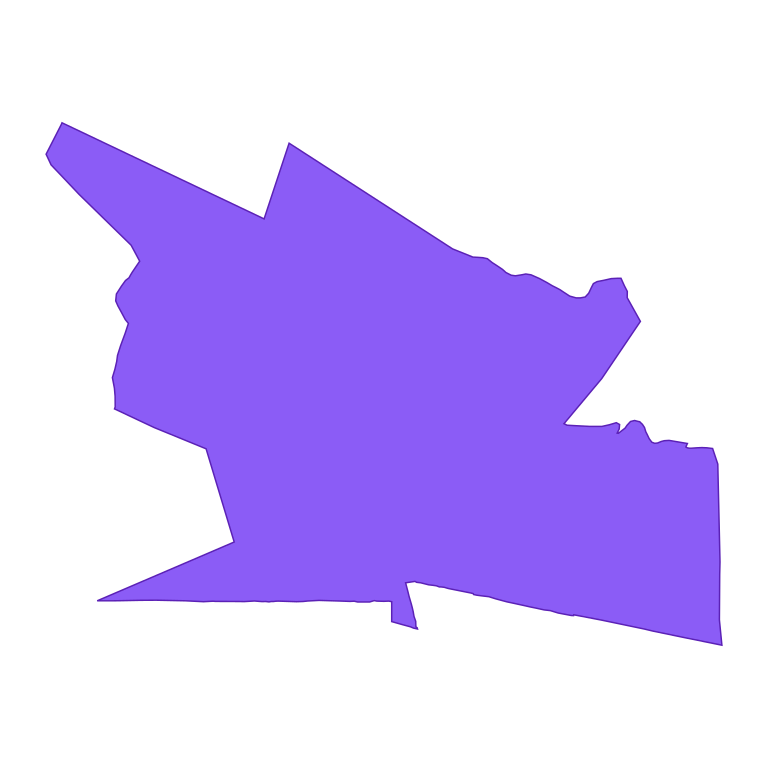 outline of San Pedro Apóstol, Oaxaca, Mexico
{"feature_id": "50627088B6565378180513", "entity_name": "San Pedro Apóstol", "entity_type": "district", "adm_level": 2, "iso_a3": "MEX", "parent_name": "Mexico", "parent_adm1": "Oaxaca", "projection": "albers", "projection_center": [-96.731, 16.743], "detail": "fine", "context": "isolated", "style": "filled", "palette": "violet", "viewbox_px": 768, "rotation_deg": 0, "n_neighbors": 0, "source": "geoboundaries", "source_scale": "gbopen_adm2", "svg_char_len": 2621}
<svg xmlns="http://www.w3.org/2000/svg" viewBox="0 0 768 768"><path d="M470.8,593.0L472.4,593.4L473.2,593.6L473.6,594.5L476.8,595.2L481.3,595.8L488.9,596.7L495.6,598.8L506.7,601.8L514.2,603.4L524.3,605.6L530.0,606.9L536.4,608.2L544.1,609.9L550.3,610.6L558.1,613.0L571.3,615.5L573.6,615.6L573.8,614.8L601.5,620.1L644.2,629.0L653.4,631.2L684.9,637.7L721.9,645.2L719.4,619.8L719.7,574.4L720.0,562.0L718.1,478.0L717.8,464.1L712.6,448.5L706.8,447.8L701.9,447.6L699.5,447.7L697.2,447.8L691.5,448.2L689.4,448.2L687.6,447.9L686.0,447.2L686.0,446.6L687.4,443.5L682.1,442.6L669.1,440.4L664.3,440.7L661.2,441.5L657.6,443.0L654.7,443.3L651.8,442.2L649.2,438.7L647.1,434.3L645.8,431.8L644.5,427.5L642.4,424.3L641.3,423.3L639.7,421.7L638.5,421.5L636.5,421.0L634.6,420.5L630.5,421.5L627.0,425.3L625.1,428.1L618.4,433.3L617.2,433.1L619.2,429.0L619.6,424.5L616.3,422.7L609.2,424.8L602.0,426.4L600.7,426.4L589.5,426.4L575.6,425.7L567.0,425.2L564.0,423.7L601.8,378.5L640.4,321.4L627.2,297.7L627.3,291.4L624.4,285.8L621.0,278.3L617.2,278.3L611.3,278.6L603.8,280.3L597.1,281.6L593.4,283.6L591.4,287.5L589.9,290.7L588.7,293.2L585.2,297.0L580.2,297.9L576.2,297.9L569.7,296.1L564.8,292.9L564.0,292.4L560.0,289.7L556.2,287.7L552.4,285.8L547.0,282.6L539.6,278.6L531.0,274.8L525.8,274.0L521.2,274.9L515.4,275.8L511.2,275.2L505.9,272.5L502.5,269.4L496.4,265.3L492.2,262.6L487.4,258.7L482.8,257.7L477.1,257.3L472.9,257.1L452.6,248.9L289.1,143.2L285.8,153.2L264.1,218.9L62.0,122.8L61.4,124.3L46.1,154.2L51.1,164.9L65.0,179.5L79.1,194.4L131.1,245.2L133.1,248.9L139.7,261.2L132.3,272.1L130.6,274.9L129.0,277.8L125.5,280.5L121.4,286.2L116.4,294.0L115.7,300.9L118.0,306.1L121.4,312.3L125.3,319.6L128.4,323.4L125.2,333.2L120.7,345.4L117.5,355.4L116.7,361.5L114.9,369.3L112.4,377.6L114.4,388.1L115.1,396.2L115.2,406.9L114.5,408.9L154.3,427.6L206.1,448.8L234.2,542.0L97.2,600.8L112.6,600.8L120.1,600.7L140.7,600.3L156.1,600.2L185.5,600.8L203.5,601.7L213.0,601.2L215.5,601.4L238.8,601.5L244.1,601.6L254.4,601.0L262.0,601.6L265.7,601.5L269.0,601.9L271.2,601.5L273.5,601.5L275.8,601.2L278.3,601.1L296.5,601.7L303.0,601.5L307.7,601.0L319.0,600.4L339.2,601.0L349.9,601.4L354.2,601.2L357.7,602.0L369.6,602.0L374.2,600.6L376.8,601.1L383.2,601.3L384.3,601.3L388.8,601.1L391.7,601.7L391.7,621.6L402.3,624.6L410.4,626.8L413.5,628.1L417.5,629.0L417.2,627.8L415.9,626.8L415.7,621.3L414.0,616.4L413.2,611.7L412.3,607.8L411.3,604.0L409.1,596.5L408.0,592.0L405.6,582.8L415.0,581.4L416.6,582.3L420.7,582.8L428.6,584.8L432.9,585.3L436.4,585.8L439.3,586.9L440.8,586.9L444.3,587.3L447.6,588.3L449.3,588.7L470.8,593.0Z" fill="#8b5cf6" stroke="#5b21b6" stroke-width="1.5"/></svg>